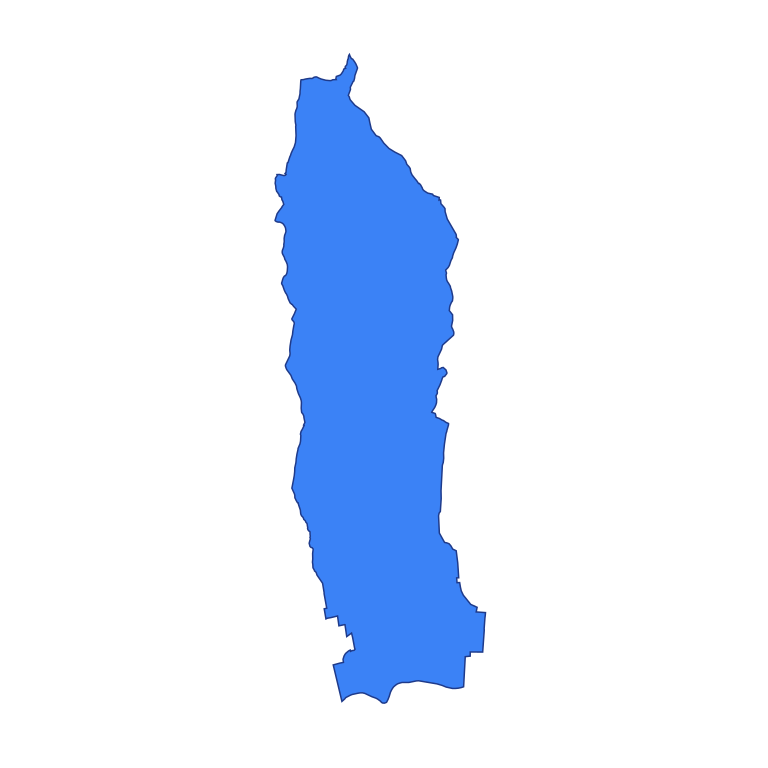 Ciceu - Mihaiesti, Bistrita-Nasaud, Romania (Mercator projection), rotated 9°
{"feature_id": "2599482B16133994523797", "entity_name": "Ciceu - Mihaiesti", "entity_type": "district", "adm_level": 2, "iso_a3": "ROU", "parent_name": "Romania", "parent_adm1": "Bistrita-Nasaud", "projection": "mercator", "projection_center": [23.946, 47.221], "detail": "fine", "context": "isolated", "style": "filled", "palette": "blue", "viewbox_px": 768, "rotation_deg": 9, "n_neighbors": 0, "source": "geoboundaries", "source_scale": "gbopen_adm2", "svg_char_len": 6118}
<svg xmlns="http://www.w3.org/2000/svg" viewBox="0 0 768 768"><g transform="rotate(9 384 384)"><path d="M392.1,704.1L394.4,701.3L395.3,699.7L399.5,696.6L401.2,695.6L406.9,693.4L408.8,692.8L411.0,692.4L413.5,692.6L421.1,694.8L424.9,695.5L426.8,696.1L430.1,697.8L431.4,698.9L432.6,699.3L434.5,699.1L436.3,698.0L437.3,695.0L438.0,691.8L438.6,687.4L439.4,684.8L440.3,682.7L440.9,681.6L442.6,679.6L444.3,678.0L446.2,677.0L448.4,676.0L455.2,674.9L462.4,672.2L464.6,671.7L483.2,671.9L488.6,672.6L492.8,673.6L499.3,674.0L501.9,673.6L505.0,672.8L507.9,671.7L510.0,670.6L506.9,640.6L511.7,639.3L511.1,635.2L523.4,633.3L521.5,611.2L521.2,610.1L520.3,599.4L520.2,596.4L520.0,593.9L510.7,594.7L510.9,590.0L504.1,588.1L495.4,580.2L492.7,576.3L491.3,572.8L489.8,568.3L487.2,568.8L486.1,564.1L488.1,563.7L484.8,549.1L481.4,537.4L477.7,536.3L475.4,533.4L473.3,531.6L470.9,531.1L468.6,531.0L462.0,522.6L458.5,505.6L458.6,503.0L459.6,501.1L458.4,488.2L457.0,480.3L454.6,457.5L454.4,455.9L454.4,454.6L454.8,452.3L454.6,448.0L453.6,442.7L453.1,434.0L453.0,423.3L453.4,421.1L453.4,420.1L454.1,414.3L453.9,412.9L451.2,412.2L448.5,410.8L446.9,410.5L444.2,409.4L440.7,408.8L439.6,405.8L439.1,405.1L435.6,404.5L435.7,403.8L437.8,399.1L438.5,396.5L438.8,394.4L438.4,390.8L437.7,389.2L437.2,387.4L438.1,385.1L438.0,383.7L437.5,382.3L439.4,376.1L440.4,371.2L440.7,369.1L441.2,367.7L442.7,367.0L444.4,363.9L444.4,363.1L443.0,360.4L439.9,358.4L438.3,359.0L437.4,359.9L434.8,361.1L434.4,356.3L434.0,354.4L433.1,351.5L433.0,348.8L435.4,340.6L435.6,336.9L436.1,335.9L445.0,324.9L445.1,323.5L444.8,321.8L443.3,319.1L442.1,317.5L441.6,316.3L441.9,310.5L440.9,304.9L437.0,301.3L436.8,297.7L437.0,295.9L437.8,292.9L438.6,291.2L438.5,288.3L438.2,286.7L436.3,281.6L434.6,278.4L434.2,277.1L432.0,274.4L430.9,273.3L429.7,271.6L429.0,269.6L428.2,266.5L428.4,264.7L427.4,262.7L427.1,261.8L429.1,258.9L430.0,256.7L430.8,251.6L431.8,248.6L431.8,246.8L432.3,243.6L433.8,238.3L434.5,234.5L434.9,230.0L434.5,229.4L432.4,227.9L432.4,226.7L431.8,224.9L420.7,211.2L417.4,204.2L416.8,201.2L415.3,199.7L412.0,197.0L411.1,193.5L410.2,193.3L409.6,193.7L409.4,191.1L403.3,190.1L402.3,188.9L397.3,188.6L393.6,187.0L392.3,186.1L391.7,185.5L391.1,184.3L389.0,181.6L387.5,180.4L386.8,180.6L384.4,178.0L382.3,176.2L379.0,173.1L377.3,170.5L376.1,167.0L374.7,165.5L372.2,163.5L370.4,160.1L365.7,155.6L358.3,153.2L352.1,150.6L346.2,146.2L341.8,141.6L340.3,140.6L337.4,140.0L331.6,134.3L329.1,128.1L327.4,123.5L321.8,118.2L311.7,113.3L306.4,108.8L305.5,107.5L304.9,106.0L303.6,104.5L304.8,98.4L304.3,96.1L306.2,90.0L306.8,89.5L307.1,86.5L307.0,84.0L308.4,76.4L308.3,75.7L306.1,72.2L304.4,70.2L302.2,68.0L300.9,67.7L299.2,65.5L298.3,63.9L297.9,64.8L297.7,66.0L297.8,68.6L297.5,68.9L297.3,71.3L297.4,72.4L297.3,74.6L296.5,75.9L296.2,76.2L296.1,76.5L296.1,77.3L296.7,78.2L295.9,78.5L295.0,79.3L294.8,81.1L293.3,84.5L292.3,85.8L288.8,87.7L288.7,90.1L289.2,90.8L285.8,91.5L284.4,92.5L283.3,92.8L279.0,93.1L274.2,92.6L271.7,92.0L269.6,91.3L268.8,91.3L267.0,91.9L265.7,93.1L265.1,93.5L263.1,93.7L261.1,94.3L258.7,95.1L256.7,96.0L254.5,96.5L254.4,97.7L255.2,105.4L255.3,107.9L255.6,110.2L255.6,111.6L255.5,112.5L255.4,115.6L254.1,118.8L254.1,119.5L254.8,122.9L254.9,124.1L254.6,126.1L254.2,127.4L253.9,130.3L253.9,131.4L255.3,138.7L255.8,140.3L256.5,142.1L256.5,143.5L258.3,152.6L258.8,159.4L258.2,163.9L257.1,167.4L256.2,170.7L255.9,172.9L255.5,174.1L254.5,180.4L254.0,180.6L253.9,181.3L253.9,187.6L254.1,190.2L253.3,191.7L254.5,192.2L254.0,193.2L253.0,193.7L252.0,193.8L248.0,193.4L245.6,193.9L245.9,194.3L245.9,194.8L244.6,197.7L244.6,198.5L245.0,199.5L245.1,202.8L246.1,205.4L246.7,208.0L247.9,210.6L248.9,211.4L249.8,212.5L250.5,213.1L251.2,214.7L252.7,215.4L253.5,215.4L254.4,218.1L255.0,218.7L255.6,219.6L256.9,222.3L255.6,224.7L255.4,225.6L253.4,229.2L251.8,232.5L250.8,239.3L250.9,239.7L252.1,240.4L254.1,240.7L255.1,240.4L256.8,240.6L258.4,241.1L259.7,241.9L261.3,243.7L262.3,245.3L263.0,247.5L263.3,248.8L263.0,250.9L262.6,252.6L262.6,254.0L262.6,255.8L263.2,259.1L263.2,261.8L263.5,263.3L263.3,265.4L262.8,267.6L262.7,268.6L262.8,269.5L263.0,270.5L263.6,271.6L265.7,274.4L266.6,276.4L268.2,278.4L269.7,280.9L270.3,282.9L270.5,284.3L270.8,287.7L270.7,289.7L270.3,291.4L269.4,292.6L268.8,292.9L268.0,294.5L267.6,296.3L267.3,298.9L267.1,300.2L267.2,300.8L267.6,301.5L268.6,302.7L270.9,307.0L272.7,309.6L273.2,309.9L274.9,312.3L276.1,314.9L278.2,318.0L278.6,318.6L279.8,319.3L280.2,319.7L280.9,319.8L282.6,321.5L285.6,323.8L284.5,328.6L282.8,334.0L283.1,334.9L284.8,336.3L285.6,337.2L286.0,338.8L285.8,339.8L285.7,345.9L285.9,349.7L285.3,355.0L285.3,361.3L285.6,365.2L286.5,368.8L286.5,371.0L283.8,380.1L283.7,380.7L283.8,381.6L284.8,383.6L285.7,385.0L290.7,390.0L292.6,393.3L296.0,397.0L297.8,399.6L298.7,402.4L300.2,405.4L301.1,407.1L303.6,410.8L304.9,413.5L305.4,415.5L306.0,420.8L307.0,424.6L307.3,425.2L308.4,426.1L309.5,427.7L309.9,428.5L310.2,429.8L311.9,434.3L311.0,437.2L311.6,437.4L310.4,441.5L309.5,443.8L309.3,446.6L309.9,447.8L310.5,453.4L310.4,456.2L309.2,461.1L309.3,462.0L309.0,466.9L309.0,471.8L309.2,473.6L309.3,475.6L309.0,480.7L309.5,484.7L309.7,488.7L309.6,493.3L309.3,501.3L312.7,506.5L313.3,507.9L313.8,510.4L314.3,511.0L315.2,512.4L316.7,514.3L317.3,514.9L317.8,514.8L318.5,516.6L321.1,521.6L322.1,525.4L323.2,527.1L324.6,528.1L325.4,529.1L326.0,530.3L327.6,531.3L328.6,532.9L329.6,533.6L330.1,534.6L330.5,536.1L331.1,537.6L331.1,538.6L331.7,539.9L332.9,541.0L333.8,541.3L334.1,541.9L334.5,544.1L335.0,545.8L334.9,547.3L335.5,548.4L335.2,550.5L335.0,553.0L336.3,556.0L337.4,556.8L338.8,557.0L339.9,558.2L340.0,562.6L341.0,568.0L341.2,571.2L341.9,573.3L342.6,576.6L344.4,578.9L344.6,579.5L346.0,580.3L346.6,581.0L347.7,583.2L354.5,590.4L357.6,599.8L357.6,600.4L362.5,614.4L360.1,615.4L363.4,625.1L364.7,624.2L368.2,623.0L374.4,620.4L377.3,629.9L382.8,627.8L383.1,627.8L386.7,639.3L390.9,635.1L392.6,639.1L396.3,649.5L396.9,650.4L396.2,651.7L394.1,652.4L392.8,653.3L392.4,652.1L391.6,652.5L390.5,653.5L388.5,655.8L387.9,656.8L387.1,658.9L386.6,662.3L387.5,665.3L384.0,666.6L377.8,669.4L392.1,704.1Z" fill="#3b82f6" stroke="#1e3a8a" stroke-width="1.5"/></g></svg>